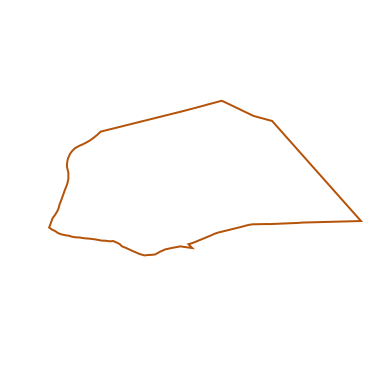 outline of Grande Riviere/Postlewaithe, Gros Islet, Saint Lucia, rotated 68°
{"feature_id": "8701671B10801688655736", "entity_name": "Grande Riviere/Postlewaithe", "entity_type": "district", "adm_level": 2, "iso_a3": "LCA", "parent_name": "Saint Lucia", "parent_adm1": "Gros Islet", "projection": "natural_earth1", "projection_center": [-60.952, 14.042], "detail": "fine", "context": "isolated", "style": "outline", "palette": "amber", "viewbox_px": 384, "rotation_deg": 68, "n_neighbors": 0, "source": "geoboundaries", "source_scale": "gbopen_adm2", "svg_char_len": 1685}
<svg xmlns="http://www.w3.org/2000/svg" viewBox="0 0 384 384"><g transform="rotate(68 192 192)"><path d="M282.2,46.2L156.2,91.1L144.5,106.5L119.7,129.1L118.5,130.5L113.9,168.0L101.8,254.0L103.6,258.7L104.8,262.7L105.4,265.0L106.0,267.6L106.5,271.2L106.6,272.1L107.0,276.8L106.9,277.6L107.0,279.3L107.2,281.3L107.6,284.1L108.6,286.6L109.1,287.7L109.6,288.6L111.0,290.9L112.3,292.2L114.0,294.0L114.9,294.7L115.8,295.4L117.5,296.4L119.7,297.7L120.6,298.0L121.3,298.3L122.3,298.5L123.1,298.7L125.2,299.0L127.5,299.3L129.2,300.0L131.2,300.8L132.1,301.1L133.0,301.4L134.0,302.1L135.1,302.8L136.6,303.8L137.6,304.5L140.3,307.0L142.9,309.5L145.1,311.4L147.0,313.1L148.3,314.3L149.6,315.4L151.4,317.1L152.2,317.8L153.8,319.4L155.3,320.4L157.3,322.0L159.1,323.8L160.0,325.0L160.5,325.6L162.1,327.8L163.4,330.0L164.1,331.1L171.5,337.8L174.8,335.6L175.6,334.8L176.7,333.7L179.8,331.7L181.6,329.8L182.4,328.9L184.9,325.2L186.6,322.3L187.7,321.0L188.9,319.4L190.1,317.5L190.7,316.3L192.1,313.2L192.6,312.4L194.3,309.6L195.5,307.3L195.9,306.4L197.3,303.7L197.9,302.7L199.6,299.6L201.4,296.8L202.6,295.0L203.2,294.0L203.8,292.7L204.7,290.6L206.8,286.9L207.3,285.6L207.9,283.5L210.5,280.9L213.1,278.6L214.9,277.8L216.1,277.3L219.4,273.9L223.7,269.9L229.8,263.9L233.0,259.8L233.9,256.5L235.3,252.5L236.1,249.5L235.4,244.0L235.2,238.3L235.7,235.5L235.9,234.3L236.3,231.9L237.1,227.9L237.5,225.9L238.1,223.0L239.9,220.0L244.0,212.8L239.1,214.8L239.5,210.4L239.5,206.0L239.4,194.0L239.4,190.8L239.2,187.5L239.3,183.8L242.6,160.8L243.1,156.9L243.5,153.5L243.8,151.5L244.6,148.1L249.8,134.4L250.9,131.9L260.4,105.2L261.8,100.8L279.6,53.2L282.2,46.2Z" fill="none" stroke="#b45309" stroke-width="2"/></g></svg>